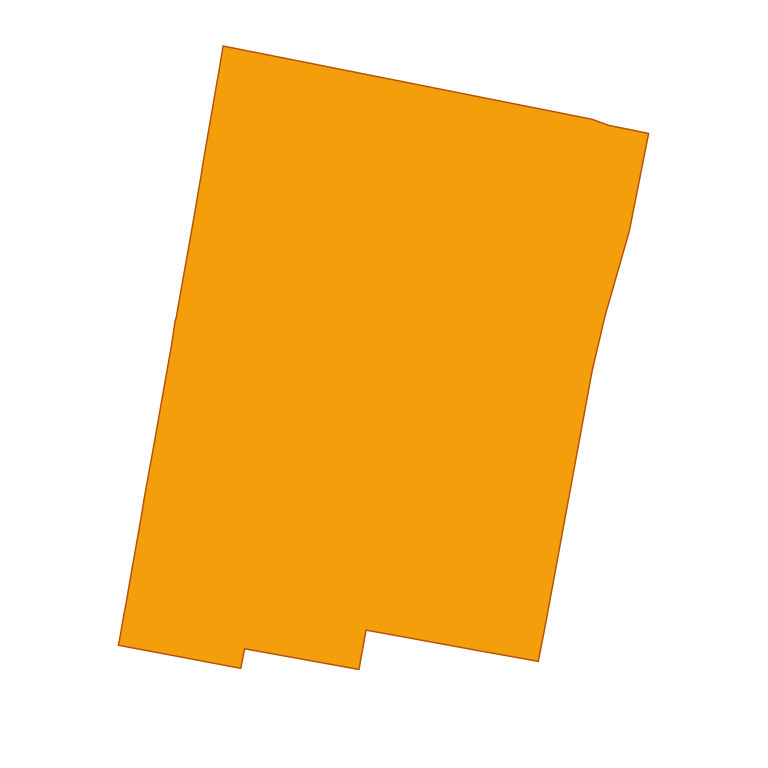 the district of Ripley, Missouri, United States of America, rotated 100°
{"feature_id": "52423323B14772926115181", "entity_name": "Ripley", "entity_type": "district", "adm_level": 2, "iso_a3": "USA", "parent_name": "United States of America", "parent_adm1": "Missouri", "projection": "robinson", "projection_center": [-90.827, 36.661], "detail": "fine", "context": "isolated", "style": "filled", "palette": "amber", "viewbox_px": 768, "rotation_deg": 100, "n_neighbors": 0, "source": "geoboundaries", "source_scale": "gbopen_adm2", "svg_char_len": 634}
<svg xmlns="http://www.w3.org/2000/svg" viewBox="0 0 768 768"><g transform="rotate(100 384 384)"><path d="M91.3,166.9L90.3,207.1L87.2,225.0L79.1,601.1L112.6,600.8L113.0,600.9L199.1,600.6L209.5,600.3L239.7,600.2L259.8,600.1L262.5,600.1L352.5,600.2L355.1,600.1L355.4,600.3L358.5,600.6L384.3,600.0L457.3,600.0L459.4,600.0L478.0,600.0L538.1,600.3L558.3,600.0L602.2,600.0L607.5,600.1L647.2,599.9L655.1,600.1L667.4,600.1L677.3,600.0L687.4,600.1L688.9,475.7L669.0,475.3L669.5,359.1L629.5,358.9L630.2,243.2L630.4,183.9L591.6,183.2L334.3,181.3L278.1,178.1L191.3,169.0L91.3,166.9Z" fill="#f59e0b" stroke="#b45309" stroke-width="1.5"/></g></svg>